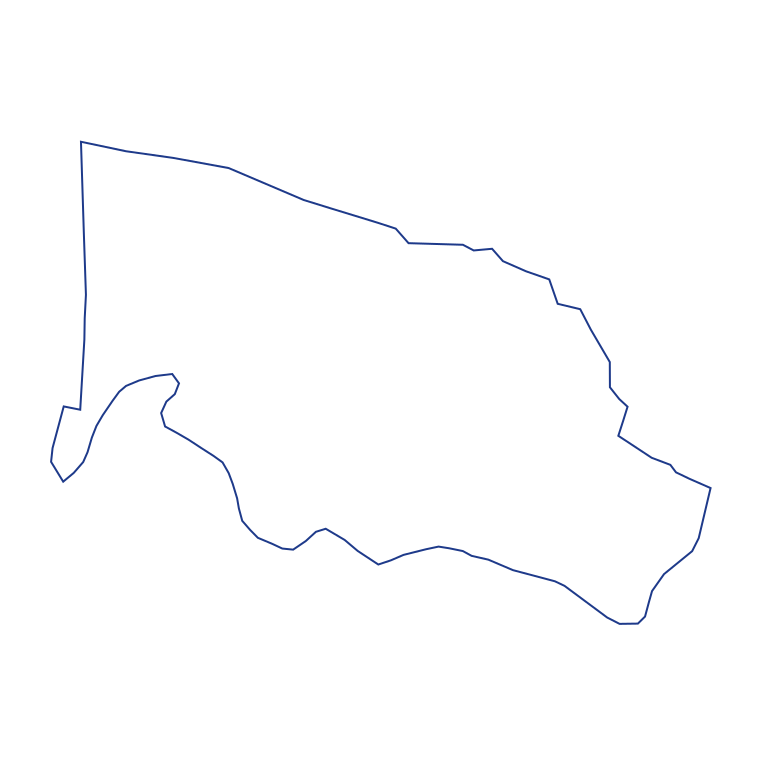 the district of Estrela, Rio Grande do Sul, Brazil, rotated 272°
{"feature_id": "56859067B89711005984674", "entity_name": "Estrela", "entity_type": "district", "adm_level": 2, "iso_a3": "BRA", "parent_name": "Brazil", "parent_adm1": "Rio Grande do Sul", "projection": "robinson", "projection_center": [-51.937, -29.513], "detail": "fine", "context": "isolated", "style": "outline", "palette": "blue", "viewbox_px": 768, "rotation_deg": 272, "n_neighbors": 0, "source": "geoboundaries", "source_scale": "gbopen_adm2", "svg_char_len": 1314}
<svg xmlns="http://www.w3.org/2000/svg" viewBox="0 0 768 768"><g transform="rotate(272 384 384)"><path d="M275.2,66.8L284.4,77.1L295.5,86.1L305.5,90.1L320.2,93.9L332.1,98.1L343.0,104.0L357.7,113.3L367.0,119.6L373.1,126.3L379.0,139.2L384.0,155.3L386.6,172.0L377.5,179.1L366.6,175.3L358.8,167.1L347.2,162.3L333.9,166.7L328.0,178.5L321.6,190.5L313.7,203.5L306.1,216.3L300.0,225.4L289.5,231.9L278.9,236.3L264.6,241.2L254.6,243.3L242.3,247.1L233.5,255.3L225.9,263.3L220.3,278.0L216.0,288.1L215.3,299.0L224.4,311.4L233.9,321.1L237.3,330.8L226.8,350.1L216.2,363.6L203.4,384.6L208.0,397.0L213.9,409.5L220.3,431.7L223.4,444.2L222.1,454.9L219.8,468.6L215.3,477.6L212.1,494.4L202.5,519.3L192.8,561.7L188.6,571.4L158.4,615.2L152.5,627.8L153.4,646.1L160.7,653.0L175.4,656.4L186.4,659.1L203.8,670.5L227.7,697.8L240.9,703.9L291.4,714.0L300.0,692.4L305.9,678.9L313.2,673.0L319.6,654.1L340.4,620.0L355.9,624.4L369.8,628.2L377.2,619.6L388.6,609.9L413.8,608.9L445.4,588.9L465.6,577.5L470.2,554.8L494.3,545.5L501.6,522.0L510.9,498.6L522.9,487.3L520.6,469.0L525.9,458.0L525.6,403.6L539.7,390.3L544.9,372.2L557.6,324.9L565.1,297.3L594.4,221.2L602.6,165.4L607.6,118.1L615.5,72.7L523.7,78.8L462.7,83.0L439.3,82.6L417.9,83.0L347.7,81.3L350.4,64.7L308.4,55.0L294.6,54.0L275.2,66.8Z" fill="none" stroke="#1e3a8a" stroke-width="2"/></g></svg>